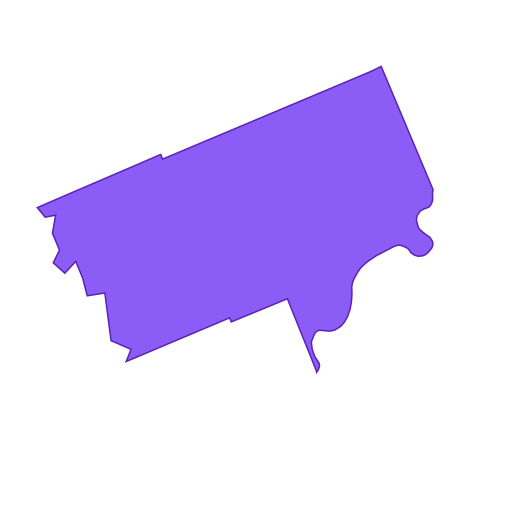 Leavenworth, Kansas, United States of America (Albers equal-area conic projection), rotated 67°
{"feature_id": "52423323B85501072071339", "entity_name": "Leavenworth", "entity_type": "district", "adm_level": 2, "iso_a3": "USA", "parent_name": "United States of America", "parent_adm1": "Kansas", "projection": "albers", "projection_center": [-94.929, 39.188], "detail": "fine", "context": "isolated", "style": "filled", "palette": "violet", "viewbox_px": 512, "rotation_deg": 67, "n_neighbors": 0, "source": "geoboundaries", "source_scale": "gbopen_adm2", "svg_char_len": 1271}
<svg xmlns="http://www.w3.org/2000/svg" viewBox="0 0 512 512"><g transform="rotate(67 256 256)"><path d="M302.4,416.7L302.6,304.5L307.0,304.5L307.6,244.5L307.7,243.8L385.2,245.3L386.7,245.6L385.2,243.2L382.9,241.1L381.4,240.2L379.2,239.8L371.4,241.2L363.8,240.7L358.1,239.1L356.1,238.1L351.1,233.1L349.9,231.6L349.0,229.2L349.1,226.6L353.6,218.3L354.6,214.8L354.9,212.0L353.8,205.3L351.2,200.1L347.2,195.1L341.8,190.2L335.0,185.8L328.4,182.5L321.6,179.8L318.9,178.0L316.0,175.5L310.9,169.1L307.8,164.3L305.9,159.3L304.5,154.6L303.7,150.2L302.7,145.1L301.1,124.9L301.4,122.3L301.5,121.5L301.9,120.1L303.2,118.0L306.2,115.1L308.4,113.4L309.8,112.8L313.6,112.1L317.2,109.7L319.6,106.9L321.0,102.5L320.9,99.2L319.8,95.8L317.3,91.0L314.8,88.9L313.0,88.1L311.0,87.9L306.7,88.6L301.8,91.8L297.8,93.8L295.7,94.8L293.2,95.4L286.6,94.5L284.3,93.7L283.9,93.4L282.7,92.5L281.3,91.3L279.0,87.7L278.6,86.2L278.3,82.9L278.6,78.1L277.6,75.6L275.5,73.1L273.2,71.4L266.1,68.5L264.3,67.1L130.4,66.7L131.0,78.6L130.3,304.1L125.3,304.0L125.6,373.4L125.8,412.1L126.0,438.4L137.9,434.9L140.1,424.5L155.6,434.5L173.9,434.6L183.0,445.3L197.1,438.7L190.5,424.0L208.6,424.2L226.7,426.9L231.0,409.6L277.3,422.5L293.1,407.5L302.4,416.7Z" fill="#8b5cf6" stroke="#5b21b6" stroke-width="1.5"/></g></svg>